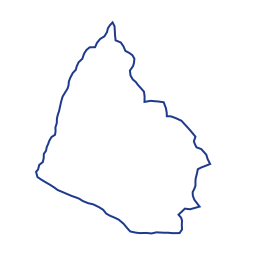 the district of Bastos, São Paulo, Brazil, rotated 97°
{"feature_id": "56859067B35884113445684", "entity_name": "Bastos", "entity_type": "district", "adm_level": 2, "iso_a3": "BRA", "parent_name": "Brazil", "parent_adm1": "São Paulo", "projection": "natural_earth1", "projection_center": [-50.751, -21.947], "detail": "fine", "context": "isolated", "style": "outline", "palette": "blue", "viewbox_px": 256, "rotation_deg": 97, "n_neighbors": 0, "source": "geoboundaries", "source_scale": "gbopen_adm2", "svg_char_len": 1710}
<svg xmlns="http://www.w3.org/2000/svg" viewBox="0 0 256 256"><g transform="rotate(97 128 128)"><path d="M230.4,113.2L230.9,107.6L230.9,103.7L229.9,96.8L229.8,91.8L228.1,87.1L227.6,79.9L227.1,75.5L226.9,70.5L226.0,64.0L222.1,62.0L218.3,62.7L213.4,63.1L210.6,64.3L207.9,67.3L201.1,61.7L201.1,56.5L197.3,47.4L191.0,53.5L187.3,55.4L183.8,56.0L180.1,54.7L176.9,54.0L173.3,54.5L170.3,54.7L163.6,53.9L160.4,53.7L158.2,50.4L156.2,46.6L153.7,42.1L149.1,45.2L145.0,47.0L140.0,52.7L138.8,57.7L135.9,59.6L133.2,61.0L128.4,60.0L123.1,65.6L120.0,69.1L117.4,72.2L114.3,75.8L112.3,82.1L111.2,86.8L111.6,90.9L108.2,91.4L103.9,92.7L98.1,95.7L98.0,101.0L98.3,108.9L100.1,114.8L94.5,115.4L90.0,116.6L86.5,120.5L84.2,123.2L81.3,126.0L79.2,129.2L75.6,131.9L70.8,133.1L65.8,130.5L62.5,130.0L58.5,130.1L55.3,132.4L53.3,135.9L51.8,140.0L47.6,142.4L44.0,145.6L42.5,151.0L37.4,152.2L32.7,153.0L28.6,153.8L25.1,156.2L28.4,158.6L31.5,160.1L35.3,160.5L39.8,162.5L43.0,166.5L47.3,169.2L51.8,170.5L52.6,175.9L55.7,178.8L59.4,180.6L64.9,181.8L68.7,185.0L72.9,186.4L76.6,186.9L80.1,189.5L85.4,191.5L89.3,192.4L92.7,192.2L96.2,192.8L100.5,194.8L104.7,196.7L110.2,197.6L115.5,198.1L119.8,198.5L122.9,199.2L127.1,199.7L131.9,199.3L136.2,200.1L140.2,199.5L143.6,199.6L146.4,202.9L150.4,204.6L153.6,205.3L156.7,206.3L160.5,206.6L164.0,208.4L168.3,208.0L172.2,208.4L175.4,211.6L180.1,212.2L182.7,213.9L187.7,211.9L190.0,207.4L192.0,202.9L193.8,198.6L196.0,194.0L198.1,190.3L199.2,186.4L200.3,182.6L201.4,178.8L202.4,175.3L203.1,171.8L204.1,167.9L206.0,163.9L207.5,158.3L208.0,153.2L210.2,146.9L212.2,142.7L215.6,139.2L217.2,135.4L218.7,130.1L220.0,126.2L223.6,120.7L227.3,116.8L230.4,113.2Z" fill="none" stroke="#1e3a8a" stroke-width="2"/></g></svg>